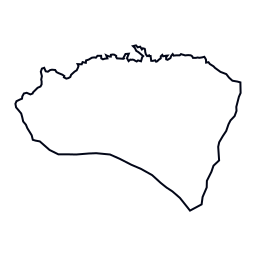 the district of Ora, Larnaca, Cyprus
{"feature_id": "46923920B82922996247104", "entity_name": "Ora", "entity_type": "district", "adm_level": 2, "iso_a3": "CYP", "parent_name": "Cyprus", "parent_adm1": "Larnaca", "projection": "orthographic", "projection_center": [33.206, 34.856], "detail": "fine", "context": "isolated", "style": "outline", "palette": "ink", "viewbox_px": 256, "rotation_deg": 0, "n_neighbors": 0, "source": "geoboundaries", "source_scale": "gbopen_adm2", "svg_char_len": 2287}
<svg xmlns="http://www.w3.org/2000/svg" viewBox="0 0 256 256"><path d="M181.0,54.1L180.5,54.6L179.7,55.3L176.6,55.3L173.6,55.6L172.7,54.1L171.3,55.7L170.4,58.1L167.6,59.8L166.2,59.3L166.1,57.4L167.5,55.6L166.0,55.7L163.1,56.3L162.3,54.9L160.8,56.3L160.7,58.4L158.8,59.7L157.2,61.3L156.1,61.7L155.2,60.3L152.6,60.9L151.2,60.8L150.6,56.0L149.1,56.1L149.0,55.4L147.1,56.1L145.8,54.2L145.2,51.8L145.1,50.2L144.7,48.8L142.8,48.3L141.9,49.4L140.2,46.7L137.7,47.3L136.0,45.4L133.0,46.1L135.0,48.1L135.7,49.7L136.3,50.9L137.4,51.5L138.4,52.1L140.3,53.7L143.2,56.1L142.2,57.2L141.0,61.3L138.0,60.4L136.7,61.5L134.9,60.6L133.9,59.9L132.5,59.6L131.3,59.8L130.3,59.6L128.6,61.1L127.0,58.2L128.8,53.7L125.5,54.0L123.4,57.9L123.9,58.5L123.3,58.8L119.2,58.5L117.0,58.4L116.1,57.0L116.2,55.9L114.3,54.7L112.8,54.5L110.9,54.8L110.8,56.6L109.5,56.5L107.4,55.9L106.2,55.3L107.4,58.4L104.8,58.7L102.9,59.3L101.3,58.4L101.1,55.8L97.5,55.8L95.9,57.7L94.2,57.4L91.9,57.7L88.7,59.6L86.1,60.4L85.8,62.8L82.6,62.1L81.7,64.3L77.6,64.1L78.5,66.0L77.9,67.8L76.7,70.3L74.6,71.6L71.1,74.8L70.3,77.0L68.4,78.1L66.3,78.6L63.9,77.3L64.3,76.0L62.4,74.7L58.5,73.1L56.5,72.1L55.2,70.0L52.0,69.7L50.1,70.1L47.9,71.7L45.7,71.3L44.2,67.8L41.9,68.6L40.8,71.7L41.9,76.2L41.2,79.6L41.6,81.3L41.6,84.4L40.5,86.5L37.6,87.8L33.1,92.3L32.6,93.5L30.4,94.4L29.2,93.9L26.7,92.8L23.9,93.5L22.3,96.4L22.0,98.7L20.0,99.5L16.5,101.2L15.4,103.8L16.1,107.4L18.5,110.2L21.2,113.5L22.2,117.1L23.2,121.5L25.9,124.7L27.4,128.3L30.2,132.8L31.7,135.3L32.8,139.8L35.5,140.6L39.8,141.4L49.6,150.0L58.3,154.3L66.6,154.3L76.2,154.5L88.8,153.5L96.2,153.2L110.0,154.5L119.7,158.8L131.2,164.7L141.0,168.9L152.1,175.1L160.6,182.8L163.7,185.3L166.6,187.6L172.4,191.4L179.9,197.9L187.9,207.9L190.0,210.6L201.6,204.4L202.6,197.0L206.7,187.5L206.9,180.8L211.4,171.8L213.5,165.7L219.1,160.4L218.2,146.8L219.2,142.2L222.8,136.1L226.2,131.0L228.5,124.3L230.5,120.4L234.6,116.1L236.5,110.9L236.3,106.9L238.9,96.8L240.6,93.0L240.4,82.4L237.5,81.6L232.4,80.7L229.0,77.6L226.3,74.1L220.5,71.9L215.0,67.9L213.5,66.3L209.8,64.0L208.5,62.2L206.1,62.6L206.0,59.7L205.3,58.3L204.3,56.8L202.1,57.4L199.4,57.8L197.5,57.5L195.8,57.9L193.0,57.9L192.2,56.3L190.7,55.3L188.1,55.1L185.1,55.4L183.6,54.9L181.7,54.4L181.0,54.1Z" fill="none" stroke="#020617" stroke-width="2"/></svg>